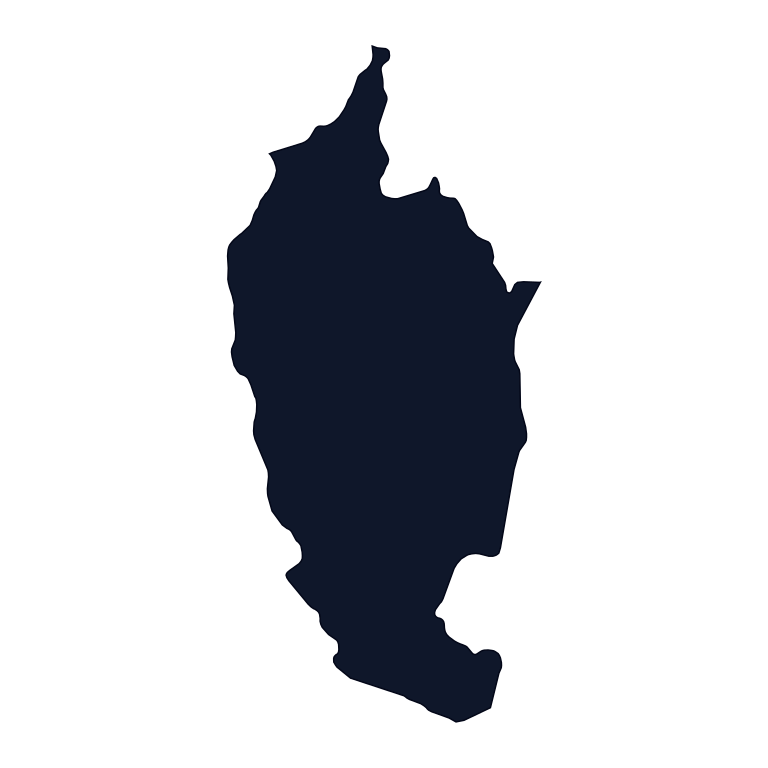 an SVG outline of Maha Sarakham
{"feature_id": "THA-440", "entity_name": "Maha Sarakham", "entity_type": "Province", "adm_level": 1, "iso_a3": "THA", "parent_name": "Thailand", "parent_adm1": "", "projection": "natural_earth1", "projection_center": [103.175, 16.023], "detail": "fine", "context": "isolated", "style": "filled", "palette": "ink", "viewbox_px": 768, "rotation_deg": 0, "n_neighbors": 0, "source": "natural_earth", "source_scale": "10m", "svg_char_len": 4081}
<svg xmlns="http://www.w3.org/2000/svg" viewBox="0 0 768 768"><path d="M372.2,46.1L377.3,47.9L385.7,48.7L387.5,49.7L389.0,51.4L389.5,55.7L389.1,58.1L388.2,60.0L384.2,63.2L383.0,64.3L382.1,65.6L381.3,67.1L381.0,68.9L381.1,71.0L382.6,79.0L382.9,83.1L382.9,87.6L383.4,89.6L385.7,94.2L386.7,96.8L386.9,99.2L386.5,101.2L378.8,124.5L378.3,127.2L378.1,129.3L378.3,131.6L379.6,140.0L380.8,142.9L386.1,152.6L387.7,156.3L388.5,159.3L388.2,161.5L387.7,163.5L385.8,166.6L383.2,173.5L380.2,177.9L379.5,179.5L379.1,181.4L379.1,183.5L380.1,189.0L381.3,193.3L382.9,195.2L385.4,196.8L391.6,198.5L395.0,198.8L397.8,198.7L424.9,190.5L426.3,189.7L427.7,188.7L428.8,187.4L430.4,184.4L432.8,179.2L433.7,177.8L435.0,177.4L436.6,178.4L438.5,182.8L439.1,185.9L439.5,188.8L439.3,191.0L439.6,193.0L440.8,194.8L442.8,196.3L447.0,197.6L449.7,198.1L453.9,198.3L455.1,198.7L456.7,200.4L458.7,203.3L462.1,209.8L463.6,213.4L467.3,225.6L468.7,228.1L477.0,236.6L482.3,239.5L488.2,241.9L490.0,243.7L491.6,247.9L492.4,250.8L493.5,257.0L492.2,263.5L504.6,282.4L505.6,285.4L505.9,288.9L506.7,292.0L509.3,293.2L511.6,291.7L514.8,284.6L517.5,282.4L523.5,281.8L539.6,282.4L540.4,282.2L517.5,325.3L514.1,339.1L513.6,353.8L513.9,356.0L514.6,359.9L515.2,361.7L519.2,369.7L519.8,373.6L520.4,407.7L525.6,427.1L526.5,433.7L526.5,437.3L526.2,440.3L525.4,442.2L519.6,450.4L518.9,452.0L514.0,469.5L500.4,547.9L498.8,553.1L497.5,554.2L496.2,555.1L494.6,555.7L492.8,556.2L488.9,556.2L479.5,553.8L475.7,553.4L471.7,553.8L468.3,554.6L466.8,555.3L461.2,558.8L456.9,563.7L454.1,568.3L443.0,598.7L441.4,601.8L439.6,603.7L435.4,609.7L434.6,612.4L434.7,614.6L435.5,616.1L436.6,617.2L438.2,618.0L439.8,618.3L441.3,619.0L442.6,620.1L443.6,621.6L444.1,623.4L444.3,625.5L444.4,627.7L444.7,629.7L445.1,631.5L445.9,633.2L446.8,634.7L449.1,637.1L454.5,641.1L457.4,642.7L460.6,644.1L462.4,644.7L465.7,646.1L467.0,647.0L472.4,653.4L473.6,654.3L475.3,654.6L476.7,654.1L480.8,651.4L482.2,650.7L484.1,650.2L488.1,650.0L491.9,650.5L493.8,650.9L495.3,651.7L498.1,653.6L499.3,655.4L500.4,657.9L501.4,662.6L501.5,665.4L501.3,667.4L501.1,668.1L498.9,673.2L490.4,707.7L464.0,720.3L456.0,721.9L449.1,718.0L431.6,711.7L428.6,710.1L427.3,708.9L426.3,707.6L424.1,705.8L420.9,703.7L409.4,699.4L406.9,698.0L405.6,696.9L404.1,695.8L350.5,678.1L337.0,667.1L335.5,665.0L333.8,662.1L333.7,660.1L333.7,658.2L334.2,656.7L335.1,655.6L336.2,654.6L337.5,653.9L338.5,652.1L338.9,649.5L338.6,644.3L337.8,641.8L336.7,640.1L328.6,634.5L322.3,627.4L320.9,624.4L320.1,621.2L320.2,618.5L319.6,614.3L318.7,612.3L317.4,610.9L315.0,609.2L313.7,608.7L311.3,607.1L308.4,604.4L288.9,580.8L286.9,577.7L286.1,575.1L286.6,573.6L287.4,572.4L289.6,570.5L299.1,563.7L301.0,561.4L301.7,560.0L302.3,558.5L302.4,555.7L302.2,552.2L300.9,545.6L299.3,543.3L297.8,541.7L296.9,541.1L295.9,539.8L291.7,531.9L291.0,531.0L290.0,530.0L288.6,529.1L287.0,528.4L282.3,524.9L272.1,511.0L268.0,496.4L267.6,493.6L267.4,488.8L268.6,476.9L268.4,472.9L267.9,469.9L255.2,439.5L253.9,434.7L253.6,430.9L254.2,422.1L254.7,420.2L255.3,418.5L256.5,412.0L256.8,404.6L256.4,400.8L255.9,398.2L254.8,396.5L250.9,384.7L248.1,378.6L247.0,377.4L245.7,376.3L244.2,375.4L240.2,373.9L237.6,371.2L234.2,365.4L232.1,356.7L231.5,352.0L231.8,348.8L235.3,340.0L235.6,336.9L235.8,332.6L233.9,313.8L234.4,305.2L232.4,296.0L229.6,287.4L228.5,282.9L227.9,279.4L228.3,268.0L227.6,256.0L228.1,249.9L228.8,247.1L229.7,245.0L231.7,242.3L234.0,239.7L240.2,234.4L241.6,233.5L250.1,225.4L252.3,220.4L253.9,214.9L255.2,212.1L256.4,210.1L257.5,208.9L258.5,207.5L260.3,201.7L261.1,200.2L264.1,196.2L265.0,194.7L266.0,193.4L267.2,192.5L269.7,188.8L275.3,176.9L276.7,170.5L276.0,166.5L274.2,161.2L270.8,155.1L269.5,153.8L273.2,152.2L302.3,143.2L305.3,141.8L307.8,140.0L309.2,138.6L310.4,137.1L315.6,128.4L316.8,127.3L318.3,126.4L320.0,126.1L323.8,126.3L325.6,126.1L327.3,125.7L330.9,124.0L334.5,121.6L339.2,117.0L344.0,109.9L345.8,106.6L348.5,99.6L349.5,98.4L351.2,95.8L353.0,92.2L358.2,76.9L359.1,75.6L360.1,74.4L365.3,70.2L366.8,69.3L370.1,65.3L372.4,60.8L373.0,57.2L373.1,54.6L372.2,46.1Z" fill="#0f172a" stroke="#020617" stroke-width="1.5"/></svg>